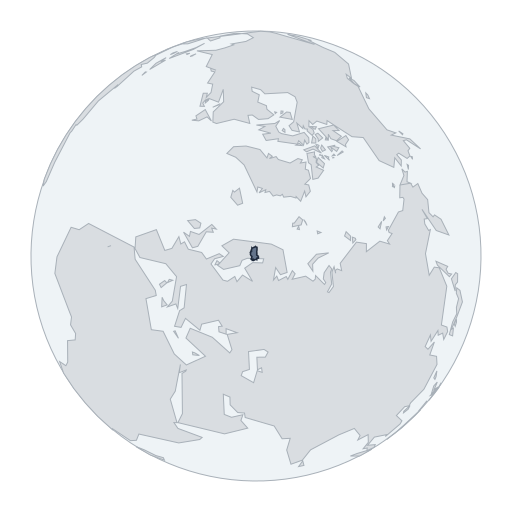 globe centered on Västerbotten, rotated 54°
{"feature_id": "SWE-192", "entity_name": "Västerbotten", "entity_type": "County", "adm_level": 1, "iso_a3": "SWE", "parent_name": "Sweden", "parent_adm1": "", "projection": "orthographic", "projection_center": [19.633, 64.883], "detail": "fine", "context": "on_globe", "style": "filled", "palette": "slate", "viewbox_px": 512, "rotation_deg": 54, "n_neighbors": 0, "source": "natural_earth", "source_scale": "10m", "svg_char_len": 12919}
<svg xmlns="http://www.w3.org/2000/svg" viewBox="0 0 512 512"><g transform="rotate(54 256 256)"><circle cx="256" cy="256" r="225" fill="#eef3f6" stroke="#a8b0b8"/><path d="M32.9,225.1L32.8,225.6L35.2,214.7L36.3,209.0L36.3,207.0L42.0,186.5L46.5,175.6L76.9,120.1L82.8,113.1L87.2,109.3L119.2,84.3L95.2,100.2L103.5,92.5L114.2,84.5L113.2,86.3L127.0,79.0L137.5,72.6L155.1,68.3L168.4,74.3L162.0,76.2L166.0,77.7L174.2,75.5L178.6,73.7L203.3,78.2L230.9,75.9L238.6,70.5L237.7,75.5L251.7,62.7L266.1,59.9L250.4,66.0L249.3,69.0L259.3,68.3L260.2,71.2L265.6,72.7L265.9,76.4L256.7,80.1L256.7,82.6L263.8,82.0L268.5,85.6L258.1,86.0L265.3,92.4L251.2,100.3L223.2,99.6L215.9,108.2L188.2,118.9L191.2,121.4L182.6,127.5L182.9,132.8L177.7,133.6L182.4,137.2L187.1,135.5L190.7,136.6L191.3,139.7L184.8,141.1L183.6,139.8L181.9,141.8L178.4,141.2L180.5,143.2L172.5,144.8L181.2,147.9L175.5,153.0L170.0,152.7L169.6,146.7L155.8,132.3L150.1,130.8L142.4,134.3L130.0,153.5L124.1,154.5L116.8,160.3L120.5,162.3L127.5,158.6L132.5,164.1L140.5,159.2L143.7,160.9L152.3,158.6L152.0,165.5L147.0,173.7L139.8,176.1L137.5,179.8L145.1,183.1L132.5,193.3L125.6,210.1L122.3,212.2L114.3,205.9L112.2,191.5L101.9,184.5L109.5,195.9L101.0,201.4L100.0,205.3L101.0,209.2L104.6,209.8L101.9,213.3L93.3,203.0L95.7,199.7L98.4,202.9L97.3,196.3L91.5,190.0L87.6,193.5L82.9,181.0L80.1,183.5L77.4,182.4L82.2,179.1L73.5,184.9L67.3,173.0L55.3,183.2L66.0,167.5L69.3,159.0L72.1,149.9L70.0,151.3L76.5,138.0L77.8,129.8L71.3,132.4L63.6,141.9L57.0,155.8L58.3,156.9L55.3,166.4L50.6,167.4L44.3,186.4L41.0,191.1L38.2,199.7L36.7,207.9L34.7,218.9L35.6,221.8L36.1,230.6L33.6,236.3L35.8,237.3L34.7,246.1L37.1,267.8L36.3,267.4L37.9,292.4L43.6,315.4L44.9,324.1L43.9,324.3L46.8,332.0L46.9,333.7L61.9,363.8L72.6,382.0L74.3,387.2L69.3,382.0L69.5,382.3L60.7,368.3L53.0,353.7L46.4,338.6L40.9,323.0L36.6,307.1L33.4,290.9L31.5,274.5L30.7,258.0L31.2,241.5L32.9,225.1ZM52.1,185.1L45.2,210.1L45.9,198.8L46.3,200.3L48.8,193.3L52.2,181.9L53.7,172.6L52.1,185.1ZM56.2,189.6L57.2,185.6L56.7,189.1L56.2,189.6ZM180.5,72.5L174.3,75.2L166.5,76.2L171.5,73.6L180.5,72.5ZM195.4,71.7L192.8,73.6L188.6,71.3L191.4,70.9L195.4,71.7ZM244.0,66.2L238.7,67.1L243.5,65.3L244.0,66.2ZM266.3,72.3L267.5,71.2L269.8,72.5L266.3,72.3ZM151.9,154.9L152.1,156.7L150.4,156.2L151.9,154.9ZM155.5,152.3L153.4,150.5L154.7,149.0L156.0,150.2L155.5,152.3ZM272.3,79.3L275.6,81.9L270.7,79.9L272.3,79.3ZM157.7,155.0L157.5,146.6L159.9,144.0L166.8,146.4L157.7,155.0ZM276.5,83.8L284.7,90.2L288.0,88.1L283.2,97.8L277.8,89.0L271.2,86.8L275.7,86.1L276.5,83.8ZM188.3,133.7L183.4,135.6L187.0,131.2L188.3,133.7ZM189.8,130.6L195.7,116.2L203.3,115.1L199.8,120.0L209.3,116.6L210.1,123.1L205.1,126.5L200.0,125.9L204.2,128.9L189.8,130.6ZM279.2,102.3L279.8,104.5L277.4,102.9L279.2,102.3ZM192.5,136.7L193.0,133.8L199.7,132.6L199.9,138.3L197.6,136.8L192.5,136.7ZM211.4,112.5L216.4,112.8L218.4,118.1L220.6,119.0L210.8,123.2L211.4,112.5ZM196.4,138.7L199.8,141.2L197.2,144.6L192.4,139.5L196.4,138.7ZM201.3,130.0L204.5,129.7L202.8,131.7L201.3,130.0ZM189.8,158.5L190.3,154.8L193.8,153.8L189.8,158.5ZM201.2,142.0L202.1,140.8L203.6,140.0L205.2,142.4L201.2,142.0ZM212.9,126.8L212.7,129.0L217.1,125.3L218.8,129.3L211.9,131.4L215.6,132.2L216.1,133.4L209.9,133.9L212.9,126.8ZM211.2,142.6L203.0,147.0L201.4,153.9L198.2,154.9L201.4,143.7L211.2,142.6ZM211.0,137.4L210.4,140.8L206.7,140.3L204.9,137.6L211.0,137.4ZM222.4,131.3L221.6,124.6L223.1,124.3L222.4,131.3ZM211.4,144.7L213.4,143.6L211.7,145.3L211.4,144.7ZM219.8,135.5L219.3,133.1L221.1,132.9L219.8,135.5ZM217.7,143.5L215.1,144.9L213.7,143.1L217.7,143.5ZM219.3,139.9L221.8,140.3L214.8,141.6L218.7,138.9L219.3,139.9ZM221.6,135.7L222.5,134.8L221.5,136.7L221.6,135.7ZM224.3,149.9L215.8,152.0L212.9,147.8L221.5,146.3L224.3,149.9ZM237.6,480.5L226.0,476.9L233.0,474.3L231.2,470.7L213.7,458.2L217.6,451.6L212.7,447.5L202.7,446.5L196.9,441.1L190.7,439.5L151.9,429.0L139.7,417.5L124.1,388.7L130.8,383.6L131.3,372.3L177.1,349.4L187.6,355.7L224.5,357.6L229.3,359.9L225.8,370.1L254.1,384.0L262.3,375.4L287.2,379.7L303.2,376.4L307.4,355.8L281.2,360.9L275.8,351.7L296.1,339.1L319.0,334.2L317.6,330.5L302.5,325.4L307.0,316.3L297.2,322.9L301.7,326.1L295.6,330.5L291.1,327.8L292.9,324.6L285.9,324.1L279.2,340.0L283.1,345.0L265.0,349.7L269.7,358.6L265.0,363.2L255.3,349.9L255.7,344.6L238.2,329.0L236.2,334.9L252.5,350.2L247.7,349.0L245.1,357.6L243.3,350.2L226.0,332.4L209.2,333.5L189.0,350.8L178.9,349.5L169.9,342.0L176.1,321.1L197.9,326.5L200.4,319.6L195.0,307.0L202.1,309.8L202.5,305.5L210.7,306.8L221.2,297.9L229.3,297.9L232.5,284.4L237.1,282.7L233.9,291.1L236.0,297.1L256.1,296.9L259.7,293.9L260.1,285.2L265.6,286.5L263.5,278.1L274.5,273.7L259.2,272.3L259.4,262.6L265.5,254.7L262.8,251.4L252.8,264.3L251.3,269.8L254.3,274.8L247.8,290.1L241.1,292.5L237.6,275.9L227.7,277.6L229.2,264.3L255.4,236.6L266.8,230.5L287.6,240.5L285.5,247.2L276.9,246.9L285.7,256.0L284.5,251.0L289.1,252.2L290.4,243.6L293.6,244.0L289.2,235.2L293.4,234.8L296.1,240.4L301.5,227.7L309.9,224.7L309.6,221.7L306.8,219.3L319.3,217.3L318.5,215.2L314.1,215.0L309.6,210.7L306.6,202.5L311.1,202.3L312.8,205.2L323.1,211.2L327.0,219.3L328.5,218.4L326.2,211.3L313.6,204.0L310.5,199.1L316.8,201.7L314.3,200.4L314.2,197.9L318.2,195.3L311.4,192.2L303.8,166.6L310.9,159.4L317.4,164.2L316.8,147.1L324.9,140.9L320.8,140.7L317.8,132.7L315.2,134.5L313.0,133.8L304.1,114.9L305.5,110.6L297.0,102.8L294.9,102.7L293.4,105.5L283.2,97.8L288.0,88.1L292.5,88.6L292.5,82.5L302.8,84.8L311.3,84.0L322.6,90.6L328.4,89.7L327.7,87.4L335.0,84.7L352.4,87.6L341.3,95.2L315.8,94.3L326.5,95.4L325.0,98.2L329.3,100.6L336.8,101.3L337.1,99.4L353.7,117.5L373.4,127.2L369.8,118.3L373.3,114.7L392.6,119.4L420.8,146.6L425.7,143.3L429.8,145.4L433.9,153.2L428.1,150.3L427.2,155.2L423.2,152.6L427.9,164.5L422.4,161.3L428.7,172.4L432.5,171.7L430.4,162.2L438.2,173.6L443.3,168.9L450.1,173.3L462.5,198.5L465.7,217.3L467.2,220.1L465.3,224.3L467.6,236.2L475.1,234.8L476.6,238.2L478.1,257.4L477.2,255.5L472.1,266.7L474.7,277.0L478.7,270.4L480.2,273.0L478.7,280.6L476.7,278.9L474.9,282.6L472.8,274.7L466.4,270.3L464.7,281.8L462.4,277.3L453.3,277.8L449.4,294.1L444.9,325.8L448.4,338.5L445.0,350.1L431.0,345.2L423.6,335.5L419.2,342.3L404.2,341.2L380.3,359.7L376.3,357.6L371.9,362.8L361.2,364.4L354.8,360.0L348.6,363.7L365.5,374.8L372.1,370.6L376.7,359.9L380.2,364.9L390.4,363.9L381.4,386.0L344.9,417.1L340.3,408.2L307.5,384.9L307.9,380.6L307.7,380.2L307.2,379.4L305.3,386.7L299.3,380.9L317.9,400.8L321.4,409.5L344.4,417.9L342.5,420.3L349.6,420.5L371.1,406.2L371.4,409.4L361.8,428.4L331.2,455.4L334.8,461.1L331.6,466.1L311.4,473.6L312.1,474.2L310.9,474.5L292.8,478.3L274.5,480.5L256.0,481.3L237.6,480.5ZM162.4,367.2L161.4,370.7L162.4,367.2ZM344.1,338.3L357.1,332.4L349.5,322.4L353.8,319.4L349.7,317.2L348.9,321.7L338.4,314.8L343.3,307.9L340.8,302.7L336.3,304.4L328.9,318.2L343.9,328.0L341.7,334.8L344.1,338.3ZM37.2,268.4L37.2,272.1L36.6,268.6L37.2,268.4ZM44.3,199.3L43.6,203.8L42.7,206.9L42.9,203.8L44.3,199.3ZM42.7,236.6L42.8,242.2L42.0,237.3L42.7,236.6ZM44.4,214.0L42.6,232.4L41.3,223.6L42.7,212.1L42.7,218.8L44.4,214.0ZM53.1,190.3L52.4,193.4L51.5,193.5L53.1,190.3ZM55.9,192.1L55.9,191.1L57.0,189.1L55.9,192.1ZM101.5,202.0L102.1,203.0L102.4,207.1L100.8,205.7L101.5,202.0ZM113.0,222.9L108.4,228.1L110.5,223.3L107.3,222.2L107.7,211.0L120.6,212.7L114.7,213.8L113.0,222.9ZM111.9,197.0L110.2,203.6L111.6,196.3L111.9,197.0ZM197.1,281.3L200.2,285.0L197.5,289.7L187.2,290.5L191.0,283.6L197.1,281.3ZM205.1,289.4L204.5,273.2L210.9,272.3L207.4,275.5L211.7,276.6L207.2,282.0L214.0,297.4L212.0,302.6L194.1,300.6L201.0,298.3L197.6,294.6L205.1,289.4ZM191.6,235.9L191.4,229.5L205.5,235.8L204.1,241.0L193.7,241.9L189.3,236.2L191.6,235.9ZM169.9,161.1L168.9,158.8L170.7,158.3L173.0,159.9L169.9,161.1ZM189.8,156.8L176.1,170.9L174.3,168.9L168.5,179.9L161.4,179.0L165.4,171.8L155.6,179.6L156.4,172.7L150.3,178.7L159.9,162.8L160.3,157.2L162.6,163.7L169.1,164.7L172.0,163.4L180.4,155.7L184.3,144.4L191.3,143.8L195.3,146.4L195.4,149.0L190.8,148.5L194.3,152.4L187.8,153.7L189.8,156.8ZM237.5,180.8L232.1,178.5L238.0,187.7L231.5,188.6L232.6,189.6L228.1,193.0L224.7,199.0L221.6,198.4L221.6,201.0L218.7,203.4L217.6,206.9L211.7,207.1L209.9,211.4L208.1,209.1L206.7,216.4L205.1,211.1L201.2,214.0L204.8,217.6L175.4,212.1L164.3,214.3L155.9,219.3L154.4,209.9L161.2,199.4L172.2,190.2L183.1,189.5L180.4,185.6L184.9,184.2L185.1,187.9L187.4,181.3L191.1,181.2L200.8,173.8L201.8,164.8L205.4,162.0L206.9,165.5L209.4,160.3L214.7,165.1L217.4,163.2L225.3,166.3L226.6,174.3L229.5,171.6L235.6,174.0L237.5,180.8ZM226.4,150.9L229.5,160.0L227.4,165.0L214.5,157.7L211.4,158.7L203.0,154.5L206.2,147.4L208.3,149.2L211.1,149.4L209.0,151.5L212.7,149.9L215.7,152.4L219.4,151.9L219.4,155.0L226.4,150.9ZM234.2,356.2L237.8,356.9L243.3,356.6L241.7,362.2L234.2,356.2ZM222.2,344.3L225.3,343.9L225.8,351.3L222.1,350.7L222.2,344.3ZM226.7,337.6L225.5,343.3L223.9,339.9L226.7,337.6ZM236.8,290.3L240.1,289.4L240.6,291.5L239.0,294.4L236.8,290.3ZM253.7,209.4L251.0,207.0L251.9,205.7L249.5,198.1L254.2,197.0L257.4,201.2L253.7,209.4ZM303.2,360.3L298.8,365.2L296.3,363.9L298.3,362.5L303.2,360.3ZM269.0,365.4L277.0,367.1L268.5,366.9L269.0,365.4ZM258.4,206.9L256.9,203.9L260.2,205.3L258.4,206.9ZM257.5,195.9L261.3,196.7L254.5,196.0L257.5,195.9ZM340.0,465.0L339.7,465.1L346.8,460.5L358.6,454.3L364.7,449.5L367.4,450.1L355.0,458.4L340.0,465.0ZM479.0,287.7L478.7,289.8L473.3,297.2L475.3,290.0L480.1,276.4L479.9,279.2L480.4,275.8L479.0,287.7ZM481.3,257.9L481.3,257.7L481.1,252.5L481.1,247.4L477.7,218.0L477.2,213.3L478.5,220.7L480.7,239.2L481.3,257.9ZM449.2,338.6L453.6,340.3L451.4,345.3L449.2,338.6ZM474.1,203.5L477.0,215.6L473.6,202.8L474.1,203.5ZM470.7,194.1L471.7,195.6L471.3,196.9L470.7,194.1ZM469.4,223.0L469.6,228.9L468.5,227.7L467.5,219.3L469.4,223.0ZM455.3,177.2L459.5,181.3L461.0,183.8L459.1,183.8L455.3,177.2ZM296.2,195.3L294.2,206.9L295.9,215.0L301.7,218.9L292.7,218.6L290.1,206.1L296.2,195.3ZM302.4,170.0L297.3,167.0L300.0,165.2L301.5,165.6L302.4,170.0ZM299.0,170.4L291.9,172.6L289.3,168.8L295.4,167.8L299.0,170.4ZM275.2,189.6L274.3,193.1L271.7,191.8L275.2,189.6ZM472.3,193.0L472.6,194.2L474.4,201.0L469.7,185.1L469.9,185.2L472.3,193.0ZM470.7,189.2L472.6,195.5L470.0,187.5L470.7,189.2ZM472.4,195.7L471.4,193.9L470.6,190.2L472.4,195.7ZM470.0,186.6L467.8,181.7L468.4,182.0L470.0,186.6ZM468.8,190.5L469.0,185.6L470.7,195.3L465.6,188.5L464.5,183.4L468.8,190.5ZM430.0,136.2L427.4,135.6L425.0,131.0L427.4,132.7L430.0,136.2ZM414.5,116.0L423.5,129.6L430.2,141.0L430.4,138.7L436.2,143.9L433.2,145.8L425.0,135.7L420.7,127.5L415.5,124.2L409.6,117.2L403.8,115.8L399.8,112.3L403.7,111.2L414.5,116.0ZM401.5,115.5L389.3,111.3L386.8,104.1L388.9,103.3L395.5,108.2L396.5,111.8L401.5,115.5ZM385.6,108.3L386.4,111.7L370.1,114.6L366.0,113.5L377.1,107.0L378.4,110.0L382.9,110.7L385.6,108.3ZM282.0,103.8L280.0,104.4L280.9,102.6L282.0,103.8ZM311.7,135.0L308.9,133.7L310.0,131.5L311.7,135.0ZM301.6,129.2L302.4,132.5L299.7,129.1L301.6,129.2ZM304.3,140.1L301.8,133.9L306.9,139.7L304.3,140.1Z" fill="#d9dde1" stroke="#a8b0b8" stroke-width="1"/><path d="M247.2,254.7L247.3,254.7L247.3,254.3L247.4,254.2L247.5,254.1L247.6,253.8L247.6,253.6L247.6,253.4L247.8,252.5L247.8,252.4L248.0,252.2L248.0,251.9L247.9,250.8L248.7,250.7L249.4,250.3L249.5,250.3L249.5,250.2L250.0,250.3L251.0,251.2L251.6,251.5L252.5,252.5L253.0,252.9L253.6,253.2L253.7,253.3L253.8,253.5L254.1,253.6L254.2,253.8L254.5,253.8L254.6,254.0L254.9,254.2L255.0,254.3L255.3,254.5L255.5,254.7L255.5,254.8L255.8,254.9L256.0,254.7L256.8,254.3L258.7,254.9L259.2,255.2L259.2,255.3L259.1,255.5L259.0,255.4L259.0,255.5L258.9,255.6L258.7,255.7L258.7,255.8L258.6,256.0L258.4,256.2L258.4,256.3L258.5,256.4L258.8,256.4L258.8,256.5L258.7,256.5L258.8,256.7L258.8,256.8L258.7,256.7L258.5,256.8L258.7,257.0L258.8,257.0L259.0,257.1L259.2,257.3L258.9,257.3L259.0,257.4L259.1,257.5L259.3,257.6L259.2,257.8L259.1,258.0L258.9,258.1L258.8,258.3L258.8,258.2L258.7,258.2L258.5,258.6L258.4,258.7L258.3,258.9L258.3,259.0L258.2,259.2L258.2,259.3L258.2,259.5L258.0,259.9L258.0,260.0L257.9,260.0L257.8,260.3L257.8,260.2L257.7,260.2L257.6,260.3L257.6,260.2L257.4,260.4L257.4,260.5L257.2,260.4L257.2,260.5L257.2,260.8L257.1,260.7L257.1,260.8L256.9,260.8L256.7,260.8L256.7,261.0L256.4,261.0L256.3,261.3L256.2,261.3L256.2,261.5L256.0,261.4L255.9,261.4L255.8,261.2L255.7,261.2L255.7,261.3L255.8,261.4L255.8,261.5L255.7,261.5L255.8,261.7L255.8,261.8L255.7,261.8L255.7,261.7L255.4,261.6L255.3,261.1L255.0,260.7L254.9,260.5L254.8,260.4L254.7,260.3L254.6,260.2L254.4,260.1L254.2,260.1L253.9,259.7L254.0,259.7L253.9,259.5L252.7,259.9L251.3,259.5L251.1,259.4L250.2,258.3L250.1,258.2L249.9,258.3L249.9,258.2L249.8,257.9L249.5,257.6L249.4,257.5L249.4,257.4L249.4,257.2L249.3,257.3L249.2,257.4L249.1,257.2L248.8,256.8L248.7,256.7L248.8,256.6L248.7,256.4L248.5,256.2L248.4,256.2L248.3,255.9L248.2,255.8L248.1,255.7L247.9,255.4L247.8,255.2L247.2,254.7ZM258.2,260.4L258.3,260.3L258.3,260.5L258.2,260.6L258.2,260.4ZM258.2,260.8L258.1,260.7L258.2,260.8Z" fill="#64748b" stroke="#1e293b" stroke-width="1.5"/></g></svg>